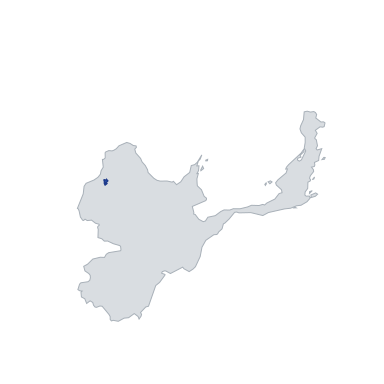 Nong Sung, Mukdahan, Thailand shown in context, rotated 238°
{"feature_id": "78962969B14563868158116", "entity_name": "Nong Sung", "entity_type": "district", "adm_level": 2, "iso_a3": "THA", "parent_name": "Thailand", "parent_adm1": "Mukdahan", "projection": "albers", "projection_center": [104.359, 16.434], "detail": "fine", "context": "in_parent", "style": "filled", "palette": "blue", "viewbox_px": 384, "rotation_deg": 238, "n_neighbors": 0, "source": "geoboundaries", "source_scale": "gbopen_adm2", "svg_char_len": 4843}
<svg xmlns="http://www.w3.org/2000/svg" viewBox="0 0 384 384"><g transform="rotate(238 192 192)"><path d="M165.9,44.8L166.2,46.3L167.8,44.4L169.7,43.5L173.4,47.8L173.9,49.6L171.0,56.3L171.3,58.5L173.1,60.4L175.2,61.5L177.5,61.3L181.8,59.4L186.4,60.8L186.1,65.2L187.7,72.3L185.3,79.6L182.9,83.1L184.6,86.3L184.7,89.2L180.0,100.4L180.9,101.3L183.7,102.6L184.9,102.3L189.8,97.9L195.1,94.5L196.8,91.6L200.2,90.7L203.2,88.1L210.0,92.7L211.8,93.1L212.7,93.9L213.0,95.8L213.9,96.1L216.7,93.6L221.4,91.9L223.3,88.0L225.6,86.9L225.3,85.0L226.0,84.3L229.9,84.1L235.7,86.2L237.8,86.6L238.8,86.1L248.0,98.7L254.0,103.5L255.5,106.8L254.1,115.2L254.3,120.0L255.6,123.7L258.2,126.2L260.1,129.9L267.1,133.3L266.5,134.2L266.9,136.5L271.3,139.1L271.7,140.0L271.2,143.4L269.2,146.0L268.8,148.1L268.8,150.7L269.9,154.7L268.6,162.9L266.0,165.2L262.6,166.8L260.7,169.0L259.3,168.5L258.7,166.2L254.9,165.0L247.7,166.2L244.1,165.6L239.2,166.4L234.5,166.1L231.8,165.1L223.9,166.9L220.5,168.5L218.1,170.8L214.5,176.7L210.9,180.4L210.9,181.9L206.4,182.8L206.6,187.9L209.1,193.4L209.8,200.4L214.8,205.4L213.8,208.8L214.4,212.2L218.3,220.0L215.5,216.3L214.9,213.8L211.6,209.9L210.5,211.8L206.6,208.8L205.0,205.9L204.4,207.2L200.5,203.1L196.6,200.9L194.4,199.8L188.9,201.2L181.9,200.0L179.1,201.0L178.0,200.3L177.4,199.1L179.6,184.6L173.6,182.7L172.5,181.7L171.2,182.8L165.3,183.3L160.9,185.8L160.3,188.0L162.2,192.1L159.6,199.2L160.2,206.0L159.8,209.7L156.7,214.4L155.9,218.2L152.3,223.9L149.9,231.1L149.2,235.4L145.0,241.7L144.0,245.4L142.5,246.7L143.0,249.6L142.1,258.5L144.5,265.0L143.7,268.0L146.5,269.1L153.2,267.2L155.5,267.8L156.8,271.4L158.3,281.9L161.0,285.2L161.8,283.6L163.0,285.3L164.0,288.5L167.2,305.1L169.0,309.5L166.9,308.4L165.8,303.1L163.8,302.9L164.6,299.6L163.3,298.4L161.3,299.3L161.3,301.9L166.5,310.2L169.8,310.5L174.0,314.2L178.5,317.0L184.3,316.1L188.3,317.0L190.6,319.3L194.3,324.9L200.5,329.6L199.5,332.5L197.0,334.8L195.7,337.9L194.0,338.8L191.7,338.8L189.2,336.2L183.1,338.4L181.7,340.8L180.1,341.4L177.4,338.7L177.7,337.2L179.4,335.1L179.0,329.3L175.4,329.2L173.0,324.9L172.2,324.5L170.4,325.1L164.7,322.9L163.0,320.2L161.3,320.4L160.0,325.0L155.0,318.7L151.6,316.1L152.2,311.5L149.8,310.5L148.8,309.2L149.8,306.5L146.5,306.8L144.9,306.0L143.1,301.0L141.5,299.0L139.4,299.0L138.7,298.0L138.9,295.5L133.7,292.0L132.1,288.0L129.6,286.1L128.0,286.6L126.3,289.4L125.1,289.2L124.0,288.3L122.8,284.3L123.0,277.4L124.9,273.4L126.0,267.0L128.6,261.6L134.1,245.9L134.5,239.6L143.4,230.9L149.4,220.8L151.3,219.3L152.2,217.4L149.4,209.1L148.2,203.3L148.4,201.8L144.8,197.9L144.0,193.4L143.1,191.9L142.8,190.5L144.2,187.9L143.7,178.1L139.9,171.2L132.9,164.7L126.8,155.3L126.1,152.1L126.0,147.4L131.2,144.5L133.2,144.3L134.3,130.5L138.8,128.0L139.7,126.9L140.2,124.6L139.3,123.2L136.4,125.4L135.8,124.9L132.5,116.6L131.9,111.7L118.2,94.6L119.0,91.8L117.1,84.5L115.0,84.4L113.7,83.0L112.3,79.8L115.0,80.3L119.5,78.6L119.0,71.6L121.0,67.6L121.4,61.0L124.9,57.2L125.4,55.3L127.3,55.1L129.7,56.6L132.2,56.7L142.7,55.3L144.1,53.5L144.8,49.9L145.8,48.8L148.2,48.5L150.9,49.3L153.7,47.9L153.3,43.6L158.3,44.5L161.6,42.6L165.9,44.8ZM126.5,291.2L125.7,296.4L123.6,297.4L123.0,294.3L124.3,289.6L124.9,290.7L126.5,291.2ZM160.3,261.9L159.9,264.4L158.1,265.2L157.7,262.4L160.3,261.9ZM206.1,211.1L208.3,214.7L205.7,214.3L205.3,210.8L206.1,211.1ZM150.7,323.2L149.6,321.7L150.6,319.4L151.5,322.2L150.7,323.2ZM130.0,291.9L129.4,294.7L128.5,290.8L130.0,291.9ZM160.5,259.7L159.5,259.4L158.7,257.7L159.9,257.8L160.5,259.7ZM138.7,300.6L139.8,303.9L138.5,302.3L138.7,300.6ZM211.7,220.5L211.4,222.6L210.3,221.7L211.0,220.2L211.7,220.5ZM124.7,271.2L123.4,271.9L124.5,270.0L124.7,271.2Z" fill="#d9dde1" stroke="#a8b0b8" stroke-width="1"/><path d="M244.0,122.1L244.0,122.3L244.2,122.5L244.3,122.5L244.3,122.8L244.3,123.0L244.2,123.2L244.2,123.3L244.1,123.5L244.2,123.8L244.3,123.8L244.3,124.0L244.3,124.3L244.5,124.3L244.8,124.3L244.9,124.2L245.0,124.2L245.2,123.9L245.3,123.8L245.3,123.7L245.5,123.6L245.6,123.8L245.7,124.0L245.8,124.1L245.8,124.3L245.8,124.5L245.8,124.8L245.8,125.0L245.9,125.3L245.9,125.5L245.9,125.8L246.0,125.9L246.0,126.0L246.0,126.3L246.2,126.5L246.3,126.5L246.5,126.5L246.5,126.4L246.8,126.2L247.0,126.2L247.3,126.1L247.5,126.1L247.4,126.0L247.5,125.9L247.6,125.7L247.7,125.4L247.8,125.3L247.8,125.2L247.9,124.9L248.0,124.9L248.1,124.7L248.5,124.5L248.6,124.4L248.6,124.2L248.8,124.1L248.9,123.9L248.8,123.7L248.7,123.7L248.4,123.6L248.2,123.7L248.1,123.8L248.0,123.7L247.9,123.7L247.7,123.7L247.4,123.6L247.2,123.6L247.2,123.4L247.0,123.2L246.9,123.2L247.0,123.1L246.8,123.0L246.7,123.0L246.7,122.9L246.4,122.9L246.1,122.7L245.9,122.6L245.8,122.4L245.7,122.4L245.5,122.2L245.4,122.2L245.3,122.3L245.2,122.3L244.9,122.2L244.9,122.3L244.7,122.3L244.6,122.2L244.4,122.1L244.2,122.1L244.0,122.1Z" fill="#3b82f6" stroke="#1e3a8a" stroke-width="1.5"/></g></svg>